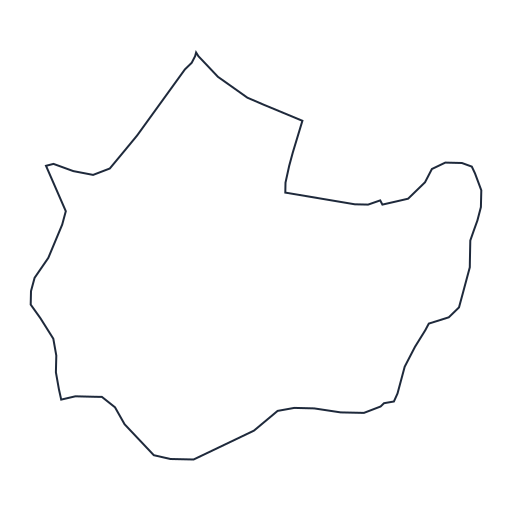 Al-Qanayat, Ash Sharqiyah, Egypt
{"feature_id": "37247803B43840027244949", "entity_name": "Al-Qanayat", "entity_type": "district", "adm_level": 2, "iso_a3": "EGY", "parent_name": "Egypt", "parent_adm1": "Ash Sharqiyah", "projection": "albers", "projection_center": [31.473, 30.634], "detail": "fine", "context": "isolated", "style": "outline", "palette": "slate", "viewbox_px": 512, "rotation_deg": 0, "n_neighbors": 0, "source": "geoboundaries", "source_scale": "gbopen_adm2", "svg_char_len": 1120}
<svg xmlns="http://www.w3.org/2000/svg" viewBox="0 0 512 512"><path d="M289.2,165.8L292.8,152.5L302.4,120.8L263.9,104.8L247.4,97.7L227.8,83.8L217.9,76.8L208.2,66.5L198.4,56.2L196.1,52.5L195.1,56.2L191.7,62.8L184.9,69.4L137.1,135.5L123.5,152.0L109.8,168.5L93.1,174.9L73.3,171.1L53.5,163.9L46.0,165.8L65.8,211.2L62.2,224.6L48.3,257.9L34.6,277.8L31.0,291.1L30.7,304.6L40.4,318.2L53.3,338.7L56.3,355.6L55.9,372.3L58.9,389.2L61.2,399.6L75.4,396.3L95.3,396.8L101.9,396.9L115.0,407.3L124.6,424.3L153.8,455.2L170.4,459.0L193.6,459.5L202.6,455.2L254.0,430.6L277.6,410.9L294.3,407.9L314.2,408.4L340.7,412.4L363.9,412.9L380.6,406.5L384.0,403.2L393.9,401.5L397.5,393.5L401.1,380.1L404.7,366.7L415.0,346.8L425.3,330.2L428.8,323.6L448.8,317.3L455.6,310.7L459.0,307.4L462.6,294.1L464.4,287.4L469.8,267.3L469.9,260.6L470.3,240.5L471.7,236.5L473.8,230.5L477.4,220.5L480.9,207.1L481.3,190.3L475.0,173.4L471.8,166.6L461.9,163.0L445.3,162.6L431.9,169.0L425.0,182.3L418.2,188.9L408.1,198.7L394.7,201.8L382.4,204.6L380.2,200.4L368.1,204.6L354.8,204.3L285.3,192.6L285.5,182.6L289.2,165.8Z" fill="none" stroke="#1e293b" stroke-width="2"/></svg>